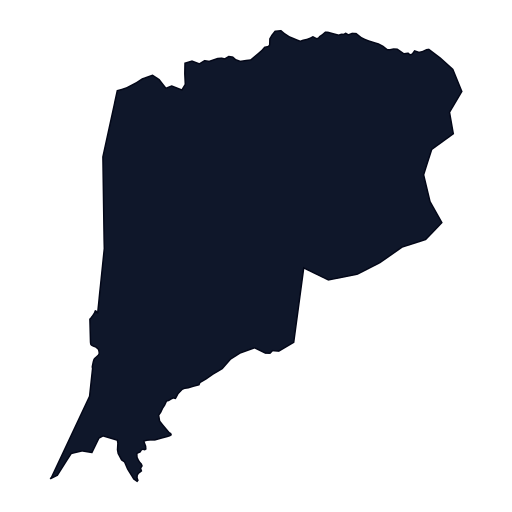 Santa Ana Ateixtlahuaca, Oaxaca, Mexico (Robinson projection)
{"feature_id": "50627088B25341473953732", "entity_name": "Santa Ana Ateixtlahuaca", "entity_type": "district", "adm_level": 2, "iso_a3": "MEX", "parent_name": "Mexico", "parent_adm1": "Oaxaca", "projection": "robinson", "projection_center": [-96.894, 18.22], "detail": "fine", "context": "isolated", "style": "filled", "palette": "ink", "viewbox_px": 512, "rotation_deg": 0, "n_neighbors": 0, "source": "geoboundaries", "source_scale": "gbopen_adm2", "svg_char_len": 3103}
<svg xmlns="http://www.w3.org/2000/svg" viewBox="0 0 512 512"><path d="M428.8,49.4L426.6,49.7L422.6,51.6L419.0,52.4L414.6,50.9L412.3,54.1L410.0,54.9L408.1,53.2L403.8,53.8L400.1,51.2L397.2,49.2L393.6,49.0L389.7,49.8L387.2,49.7L382.9,46.3L378.3,43.9L375.2,43.0L368.5,40.9L364.7,39.4L361.1,37.6L356.1,33.6L352.2,33.4L348.4,34.9L345.7,33.3L343.9,34.4L341.3,34.3L338.7,35.2L333.0,33.7L327.9,32.3L325.4,32.2L322.5,34.7L319.7,36.6L318.5,38.2L316.5,38.7L312.9,36.8L310.5,38.1L307.1,39.4L303.0,40.3L300.3,41.3L296.9,40.0L292.4,38.1L289.2,36.8L284.2,33.5L280.9,30.7L275.1,31.3L272.0,35.2L269.9,38.8L269.7,44.9L268.5,46.5L264.7,47.3L262.0,50.4L258.6,53.4L250.7,60.0L246.2,60.5L243.0,61.0L240.3,61.4L235.6,59.7L232.7,57.1L228.8,56.5L226.3,58.0L224.7,58.9L221.6,58.2L217.7,58.5L209.2,61.4L204.6,60.7L199.4,63.9L192.0,61.1L185.0,63.2L184.8,73.6L185.3,84.4L181.9,90.0L171.7,86.0L165.9,88.3L162.5,84.0L159.1,79.6L152.5,75.3L142.3,78.9L136.7,82.6L126.8,87.8L121.8,89.5L117.3,90.7L114.7,102.6L114.6,103.3L103.5,154.1L102.9,156.9L104.1,239.7L104.3,248.6L100.5,285.6L99.6,294.0L98.9,301.3L97.7,312.8L97.3,312.7L96.8,312.6L96.5,312.6L96.4,312.5L96.4,312.1L96.4,311.8L96.3,311.5L96.0,311.2L95.7,310.9L95.4,310.9L95.2,311.0L94.7,312.7L94.4,313.1L94.1,313.6L93.3,314.9L92.4,316.2L91.7,317.0L91.3,317.8L90.8,318.2L90.3,318.8L90.1,319.1L89.9,319.2L90.5,342.1L90.7,343.6L90.9,344.4L91.4,345.0L91.7,345.2L92.6,345.7L94.4,346.5L95.4,346.7L95.8,347.0L98.1,348.9L98.6,349.8L98.9,350.8L99.2,352.5L99.2,353.6L98.8,354.5L98.3,355.3L95.5,357.8L94.5,358.7L93.9,359.8L93.3,361.8L92.3,366.6L92.4,367.8L92.6,368.3L91.4,379.4L89.6,396.3L51.5,477.4L50.2,478.8L50.6,478.6L57.0,475.4L57.3,475.3L62.8,466.6L67.1,459.8L71.2,453.5L74.8,452.6L82.1,450.9L91.9,452.5L98.9,438.1L103.0,435.9L109.1,437.7L117.4,440.2L117.9,443.3L117.7,446.3L117.5,449.8L117.7,450.8L118.2,453.5L121.6,459.9L124.6,461.9L127.6,468.9L128.8,470.9L131.8,475.7L133.8,479.0L134.1,479.2L137.1,481.3L137.9,480.3L137.0,477.8L137.2,475.2L138.4,473.2L139.8,472.2L141.4,470.9L140.5,468.2L142.0,465.9L141.3,464.1L139.5,462.1L138.2,460.0L137.0,457.4L136.8,453.4L137.8,452.9L140.1,451.9L141.1,450.2L142.0,449.4L143.2,449.3L144.7,449.7L145.8,449.0L145.6,446.2L143.7,441.1L147.0,440.2L150.6,439.9L154.9,439.9L157.4,439.2L158.1,439.0L161.6,438.0L164.3,437.3L167.3,436.5L169.4,435.8L169.6,435.8L171.1,434.8L170.6,433.5L169.2,432.8L167.6,430.9L162.8,425.2L159.6,421.1L158.6,415.2L160.7,412.2L162.6,408.1L164.5,405.3L166.5,401.0L168.6,400.5L171.2,398.9L173.3,397.9L175.4,398.4L176.1,397.2L178.0,393.6L182.1,389.3L184.5,388.3L188.2,387.8L193.4,386.2L198.4,384.9L198.9,384.8L199.9,382.5L202.8,380.8L205.2,379.4L206.7,378.5L206.9,378.3L212.9,374.1L222.2,368.6L230.5,359.1L240.1,353.0L254.6,347.8L265.4,353.1L270.0,353.2L272.5,350.6L278.8,351.1L293.7,342.3L302.8,274.8L303.7,267.9L328.4,279.9L357.4,274.1L379.9,262.6L402.2,247.0L425.6,239.5L436.0,228.7L441.8,222.6L440.4,220.1L430.0,201.6L423.6,174.8L427.5,162.4L431.7,149.4L436.2,146.1L453.3,133.7L453.0,132.2L449.5,112.2L461.4,92.1L461.8,91.5L460.4,88.1L452.8,69.4L440.3,58.1L428.8,49.4Z" fill="#0f172a" stroke="#020617" stroke-width="1.5"/></svg>